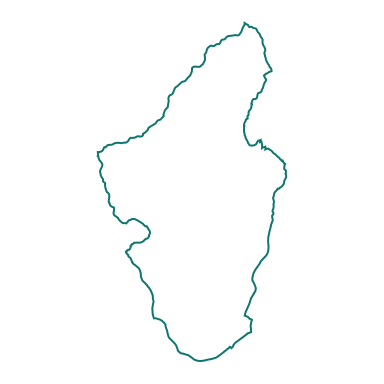 outline of Socha, Boyacá, Colombia
{"feature_id": "7082276B6203898628626", "entity_name": "Socha", "entity_type": "district", "adm_level": 2, "iso_a3": "COL", "parent_name": "Colombia", "parent_adm1": "Boyacá", "projection": "mercator", "projection_center": [-72.683, 5.965], "detail": "fine", "context": "isolated", "style": "outline", "palette": "teal", "viewbox_px": 384, "rotation_deg": 0, "n_neighbors": 0, "source": "geoboundaries", "source_scale": "gbopen_adm2", "svg_char_len": 5998}
<svg xmlns="http://www.w3.org/2000/svg" viewBox="0 0 384 384"><path d="M97.8,152.1L98.2,154.5L97.8,155.8L98.2,155.8L98.6,158.1L99.6,160.4L100.7,161.6L102.3,164.0L102.4,164.5L102.2,165.9L101.6,167.4L100.4,169.9L100.1,171.1L100.1,172.2L100.6,173.8L100.7,175.1L101.6,177.2L102.8,178.8L103.1,180.0L103.0,181.2L103.3,181.7L105.2,183.1L105.0,185.0L105.5,188.2L106.6,191.5L106.9,192.0L108.2,192.9L109.2,194.6L109.3,195.1L109.1,199.0L108.7,200.4L109.0,202.6L109.2,203.0L109.7,203.4L110.1,205.3L111.3,206.5L113.9,207.5L114.1,210.1L113.5,212.9L113.9,214.7L114.9,215.7L116.6,216.8L117.2,217.5L118.0,217.8L118.5,219.1L119.7,220.5L121.9,222.5L122.6,222.9L123.6,223.1L125.3,223.1L126.3,223.4L128.9,220.3L130.3,220.1L131.6,219.2L132.2,219.0L133.8,218.9L134.6,219.0L137.9,220.6L141.9,223.1L143.1,224.0L144.9,226.0L146.1,226.4L146.7,226.2L149.8,231.3L150.0,233.1L149.0,235.5L149.1,236.3L147.9,238.0L147.1,238.5L145.2,239.3L143.6,241.0L141.9,242.1L141.1,242.4L139.3,242.7L136.8,242.6L133.9,242.8L133.4,243.7L131.6,244.4L131.4,245.5L131.0,245.5L130.8,246.1L130.5,246.2L130.5,247.5L129.8,249.2L128.8,249.9L128.2,249.8L127.9,250.1L127.3,250.3L127.3,250.6L127.0,251.1L126.1,251.4L125.9,252.0L126.0,252.5L126.7,253.2L126.7,253.7L128.3,255.0L128.2,255.8L128.7,256.7L130.6,258.1L130.8,259.1L132.1,261.5L132.1,262.2L132.5,262.4L132.7,263.2L133.4,263.6L133.7,264.3L134.8,264.8L139.0,268.4L139.8,270.1L140.8,273.4L140.8,275.6L141.1,277.2L142.5,280.7L145.2,283.2L146.1,284.4L146.8,284.8L147.2,285.6L147.8,286.3L148.1,286.9L148.9,287.6L150.9,290.8L152.5,294.8L152.8,296.0L152.8,298.0L153.5,301.2L153.5,302.3L153.1,303.6L152.3,308.1L152.6,313.1L152.9,314.8L153.9,318.3L155.8,318.3L160.1,319.6L162.1,320.9L164.6,323.3L165.4,324.5L165.6,326.6L167.0,330.4L167.7,333.8L168.8,337.4L175.3,344.1L176.3,345.8L177.5,348.8L177.7,350.3L178.4,351.2L180.4,353.0L181.2,353.4L182.2,353.4L188.5,355.3L190.9,357.0L194.4,359.7L197.7,360.8L201.0,361.0L204.5,360.5L208.0,359.6L211.2,359.1L215.0,358.0L216.7,357.3L220.5,354.6L228.9,347.9L229.9,346.8L230.4,347.1L231.4,348.1L232.8,346.8L233.1,346.3L233.5,344.9L235.3,342.8L247.5,333.7L247.5,333.4L251.1,332.2L251.0,329.0L250.7,326.9L250.6,325.2L251.1,323.4L251.4,321.2L251.9,320.2L251.9,319.7L249.3,318.6L248.6,317.5L247.5,316.7L244.7,315.6L245.7,311.8L249.3,303.9L251.1,298.1L253.8,293.8L254.0,293.2L253.9,293.2L254.0,293.0L254.9,291.9L255.4,291.0L255.3,290.7L255.6,289.9L255.8,288.9L255.6,287.4L254.5,284.4L252.4,280.3L252.3,278.9L252.7,276.3L253.4,273.5L255.1,270.1L259.7,263.6L260.6,261.7L261.1,260.9L266.2,255.5L267.0,254.3L267.6,253.0L268.3,250.2L268.5,247.4L268.5,245.7L268.1,241.5L268.3,237.2L269.5,231.5L270.9,226.1L270.8,225.5L272.8,220.1L272.3,217.8L272.1,215.9L272.5,215.0L273.2,214.4L273.5,213.7L273.3,212.8L272.7,212.0L272.5,210.7L273.2,209.0L273.7,206.8L273.5,204.7L274.0,201.5L273.1,198.3L273.3,197.3L274.0,195.2L274.2,193.3L275.4,191.5L275.7,191.4L276.2,190.7L276.9,190.1L277.0,189.6L277.4,189.3L277.7,188.6L278.9,188.7L279.2,188.5L279.8,187.7L280.9,187.3L281.3,186.7L282.3,186.1L283.0,184.9L283.8,183.9L284.3,180.8L285.7,178.2L286.2,176.6L286.1,174.8L285.5,173.8L285.9,173.2L285.9,170.7L285.5,170.1L284.5,169.4L284.2,168.7L284.2,167.8L284.5,166.4L284.4,165.3L285.1,163.9L284.2,163.4L283.9,163.1L283.8,162.4L282.6,161.5L282.8,160.8L282.7,160.5L282.2,160.3L281.6,160.6L280.7,159.5L280.2,159.4L279.5,158.1L277.2,156.2L274.9,154.0L273.5,153.2L271.8,151.1L270.3,149.9L269.6,149.7L268.8,149.1L268.4,148.6L266.6,148.8L265.4,149.4L265.6,148.3L265.3,146.7L264.2,147.2L263.0,147.4L262.1,148.1L262.1,144.8L261.4,141.6L260.0,142.1L260.1,141.3L260.5,140.0L257.9,140.9L256.2,144.1L254.4,145.2L253.0,145.5L251.3,145.6L250.2,145.4L249.6,145.1L248.3,143.4L247.2,140.7L245.7,138.3L245.4,136.4L244.7,135.4L244.5,132.9L244.1,132.2L244.0,129.5L244.1,127.1L244.4,126.4L244.3,125.9L244.0,125.8L244.0,124.8L244.8,122.1L245.7,120.8L245.9,119.7L246.5,119.0L247.5,118.7L247.7,118.4L247.4,116.6L247.5,116.1L248.3,115.4L248.5,115.0L248.6,112.0L249.0,111.1L250.6,109.0L251.1,108.0L251.5,105.8L252.0,104.2L251.3,103.8L252.4,100.5L252.8,99.6L253.5,99.2L253.8,99.0L255.2,99.1L256.4,98.4L257.0,97.6L257.5,94.6L258.1,93.2L258.5,92.9L259.0,92.7L260.3,92.6L260.9,92.1L261.6,91.2L261.7,90.2L262.8,88.1L263.8,84.7L264.6,82.7L265.8,80.9L266.2,80.0L266.1,79.4L264.9,77.8L264.0,75.4L265.2,74.5L265.7,73.8L267.0,73.5L269.2,71.9L271.4,71.3L271.6,71.1L271.5,69.9L271.0,68.6L270.4,67.6L269.7,67.1L268.8,64.9L268.2,64.2L266.8,61.8L265.9,59.4L265.6,57.6L264.9,56.1L264.9,54.6L264.3,53.6L264.3,53.2L265.2,50.8L265.3,49.8L264.6,47.5L263.2,45.0L262.6,43.5L262.5,41.3L262.6,39.6L262.4,39.1L260.5,36.4L259.7,34.2L259.3,33.6L257.8,32.1L256.3,29.0L255.7,28.5L253.4,28.0L251.7,26.8L250.8,26.8L249.5,27.1L248.9,26.7L247.9,24.9L246.2,24.1L244.6,23.0L244.5,25.0L243.0,27.1L241.2,32.0L239.1,34.9L237.8,35.4L236.8,35.4L235.2,35.0L233.8,35.4L228.2,36.1L226.8,36.8L225.1,38.8L224.3,39.4L222.3,39.7L221.7,40.0L221.1,40.7L220.1,43.1L219.2,44.1L218.5,44.2L217.5,44.0L216.4,44.3L214.0,46.1L211.2,45.7L210.4,45.8L209.0,46.8L207.7,48.0L207.4,48.5L206.6,50.5L206.3,52.2L204.8,54.3L204.6,55.2L205.0,57.8L205.0,59.9L204.6,60.8L202.9,64.1L199.9,66.7L198.1,66.9L195.5,66.6L194.3,66.6L193.3,67.0L192.3,67.8L192.0,68.2L192.0,70.3L191.7,71.9L190.1,75.6L187.5,78.1L186.0,80.0L184.9,81.1L184.1,81.4L182.9,81.6L181.7,82.1L177.4,86.1L175.5,87.4L175.0,88.0L172.7,93.6L171.6,94.5L169.7,95.5L169.1,96.1L168.6,97.3L168.4,98.4L168.7,101.0L168.0,105.1L167.8,107.0L165.7,109.3L164.8,110.6L163.4,114.8L163.8,115.9L163.7,116.3L162.5,117.3L160.8,119.3L159.9,119.8L158.0,120.4L157.2,121.0L155.6,123.4L148.8,127.6L148.2,128.5L148.0,129.5L146.9,130.9L144.8,132.8L143.0,133.8L142.9,135.4L142.6,135.8L141.9,136.2L140.8,136.6L138.8,136.3L137.5,136.3L137.1,136.4L135.8,137.2L133.7,137.9L130.6,137.9L129.4,138.8L128.1,141.1L126.1,142.6L123.5,142.7L121.2,143.2L117.9,142.7L114.7,143.2L113.0,144.2L111.8,144.7L108.1,145.0L107.4,145.4L105.5,147.3L105.2,147.4L104.5,147.2L104.1,147.5L102.9,150.1L102.0,151.1L100.5,151.8L97.8,152.1Z" fill="none" stroke="#0f766e" stroke-width="2"/></svg>